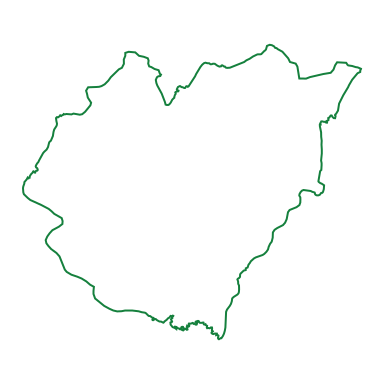 Beng, Oudômxai, Laos (orthographic projection)
{"feature_id": "54806243B47221121067222", "entity_name": "Beng", "entity_type": "district", "adm_level": 2, "iso_a3": "LAO", "parent_name": "Laos", "parent_adm1": "Oudômxai", "projection": "orthographic", "projection_center": [101.752, 20.343], "detail": "fine", "context": "isolated", "style": "outline", "palette": "green", "viewbox_px": 384, "rotation_deg": 0, "n_neighbors": 0, "source": "geoboundaries", "source_scale": "gbopen_adm2", "svg_char_len": 5879}
<svg xmlns="http://www.w3.org/2000/svg" viewBox="0 0 384 384"><path d="M339.1,103.6L343.3,95.2L348.1,87.2L349.0,85.2L352.2,79.7L357.6,73.2L360.2,72.0L360.3,70.2L360.8,69.5L361.0,68.8L357.7,67.4L355.7,67.1L352.2,66.0L348.2,65.4L347.5,64.8L346.2,62.8L337.1,62.3L335.1,65.3L333.5,69.6L330.7,72.8L323.4,74.0L310.0,77.1L306.1,78.6L299.3,78.5L297.4,66.6L295.7,63.6L290.0,62.0L288.2,58.3L282.4,51.7L277.5,49.0L276.6,48.1L275.2,47.9L274.1,46.4L271.9,45.2L269.7,44.8L267.0,45.9L266.0,49.4L265.3,50.3L264.3,51.0L261.3,54.1L260.4,54.3L257.8,54.3L256.9,54.6L253.0,56.5L249.6,58.8L246.4,60.3L244.2,62.0L229.9,67.7L227.1,67.9L225.8,67.6L224.8,66.5L224.2,66.6L222.5,65.4L222.0,65.3L221.4,65.6L221.1,66.3L219.4,66.6L217.4,65.7L214.8,63.8L213.0,63.7L212.1,64.1L210.9,64.3L210.4,64.2L209.3,63.3L207.2,63.2L205.5,62.7L204.1,63.1L202.2,64.7L200.4,67.0L196.1,74.1L195.1,76.3L188.6,86.3L187.8,86.8L187.3,86.3L186.6,86.2L186.1,86.4L185.2,87.9L184.9,88.0L184.2,88.0L182.6,87.2L181.5,87.1L180.2,86.1L179.7,86.1L177.9,87.1L176.8,89.3L177.1,90.0L178.5,90.6L178.3,91.3L176.6,91.5L175.5,92.1L175.3,92.6L175.7,93.2L175.6,94.0L174.9,95.0L174.2,97.3L174.3,97.7L172.3,99.6L170.8,102.5L169.8,103.8L168.6,104.9L166.9,105.0L165.6,104.6L164.9,101.9L161.7,93.6L157.3,85.5L156.4,83.1L155.8,79.9L156.7,77.8L157.2,77.0L158.2,76.4L159.2,76.1L159.7,76.2L160.3,76.0L161.0,74.6L160.0,74.0L158.6,70.2L154.6,69.0L151.2,67.0L149.2,66.4L148.2,63.6L148.6,60.6L147.8,58.3L143.8,56.8L139.0,55.8L135.3,52.4L128.7,51.8L125.3,52.9L125.3,55.8L123.8,59.5L123.9,63.8L121.9,67.8L118.9,69.3L110.8,77.2L108.3,80.7L104.7,84.3L101.5,86.1L99.1,86.8L96.3,87.0L88.1,87.3L86.1,90.7L87.0,93.7L87.8,97.6L91.1,102.7L90.4,105.3L85.1,111.8L82.2,114.2L79.8,114.7L73.5,113.6L71.5,114.4L66.4,114.0L64.8,114.4L63.7,114.0L63.3,114.8L62.5,115.0L61.2,116.0L60.2,115.3L59.4,116.4L57.9,117.4L57.4,117.1L56.9,117.1L56.0,118.1L56.4,121.1L57.0,123.7L56.8,125.1L56.4,126.1L54.2,129.5L53.5,132.0L52.9,136.0L50.9,140.7L49.6,141.8L49.1,142.7L48.0,147.1L46.6,149.6L44.3,151.7L43.1,153.1L39.3,160.0L38.2,162.3L37.2,163.3L36.0,165.4L35.7,166.3L36.1,167.4L37.2,168.2L37.7,169.4L37.6,170.3L37.1,170.7L36.2,170.8L35.4,171.5L35.2,172.6L34.8,172.6L33.5,171.3L33.1,171.5L32.6,172.7L31.3,173.9L30.1,175.6L29.7,176.6L29.6,177.7L28.8,177.7L28.5,178.4L28.1,178.4L27.6,177.7L26.7,179.4L24.4,182.1L24.3,183.6L23.3,186.4L23.0,188.1L23.3,192.3L23.9,194.2L27.7,197.9L30.3,200.0L41.3,205.0L48.7,208.9L51.5,211.2L54.3,213.9L61.7,218.1L62.6,221.1L62.4,224.0L58.9,226.7L52.4,230.2L49.6,233.3L47.3,236.5L45.7,240.1L46.4,243.3L48.4,246.0L51.2,249.1L56.5,253.0L59.5,256.4L64.8,269.6L66.7,271.9L71.4,274.7L77.3,276.7L81.6,278.5L86.3,281.4L90.1,284.7L93.9,286.8L93.5,291.0L93.5,294.0L95.1,298.5L104.2,305.9L109.5,308.8L113.3,310.5L117.2,311.4L121.6,311.2L125.2,310.5L132.0,310.5L138.7,311.3L141.7,312.2L145.0,312.7L145.9,313.2L148.6,315.9L150.2,316.1L152.9,318.1L153.5,317.9L153.7,318.2L152.8,318.9L152.4,319.6L152.6,320.1L153.1,320.2L155.1,319.0L155.8,319.1L157.0,320.2L159.4,321.5L161.1,321.6L163.3,322.7L163.9,322.3L164.4,321.5L166.7,319.8L168.0,318.3L169.2,317.7L170.6,315.9L171.6,316.2L172.8,315.6L173.3,315.9L173.0,316.5L172.2,317.0L171.9,317.6L172.2,318.2L171.2,318.9L171.0,319.4L172.1,321.5L171.7,322.2L170.7,322.3L170.4,322.5L170.6,324.6L172.6,327.1L174.9,328.0L175.7,328.6L175.6,328.2L174.7,327.0L174.8,326.7L175.3,326.7L176.5,327.0L177.0,327.5L177.3,328.2L177.6,328.4L178.6,328.3L179.2,328.6L179.7,329.2L180.3,329.2L180.6,329.0L181.5,327.1L182.2,326.8L183.0,326.9L183.4,327.8L183.3,329.0L182.7,329.4L181.8,329.3L181.6,329.7L182.5,330.2L183.3,330.4L185.1,328.6L186.9,329.8L187.5,329.5L186.8,326.6L187.1,325.8L187.7,326.4L188.4,326.7L189.1,326.3L189.3,325.8L188.9,325.1L188.7,324.0L189.0,323.5L190.7,323.7L192.6,322.9L193.1,323.1L193.3,323.7L193.6,323.9L194.2,323.6L195.6,324.6L196.2,324.7L196.7,324.5L197.3,322.6L197.0,322.3L195.9,322.3L195.6,322.0L196.0,321.5L198.0,320.9L198.6,321.0L199.3,322.2L199.9,322.8L201.2,322.9L203.2,322.5L203.5,322.6L203.5,323.6L203.9,324.4L204.5,324.6L205.5,324.2L205.9,325.2L207.1,325.8L206.8,327.6L207.1,328.2L208.4,328.0L209.6,328.3L210.0,328.2L210.9,327.4L212.0,327.5L212.1,328.6L211.9,330.5L212.6,330.9L212.9,331.4L211.7,332.3L211.5,332.6L211.6,333.2L212.4,333.8L213.3,334.1L215.0,333.5L216.9,333.6L217.0,334.1L216.3,334.7L216.2,335.2L217.3,335.0L218.3,335.4L218.5,335.8L218.0,337.4L218.1,338.5L218.7,339.2L219.1,339.2L220.7,338.1L221.4,338.2L222.9,336.0L224.0,333.6L224.8,330.8L225.4,327.5L226.1,311.8L227.0,309.6L229.8,305.9L231.0,303.8L231.8,301.3L232.2,298.4L233.6,297.0L237.5,294.5L238.5,293.3L238.9,292.0L239.1,289.4L239.0,285.5L238.2,283.8L238.1,281.4L237.4,279.4L237.8,278.8L239.2,277.9L240.0,276.9L240.1,274.6L240.5,273.7L243.7,270.6L245.7,270.1L245.8,268.3L247.6,267.5L248.5,264.7L249.9,262.9L250.8,261.3L254.0,258.4L255.8,257.4L262.6,255.0L264.3,253.9L266.4,251.8L268.0,249.5L268.7,246.8L270.1,243.8L271.7,241.7L272.7,237.7L272.9,232.4L274.6,229.8L277.3,228.0L283.0,225.1L285.1,222.7L286.7,219.1L288.0,212.2L289.6,210.0L296.5,207.2L299.4,205.1L300.3,202.5L300.4,199.4L300.3,197.3L299.3,195.6L299.5,194.1L300.6,192.1L301.9,190.7L303.5,190.0L310.7,191.0L312.2,191.8L314.6,192.5L314.9,193.2L315.1,194.2L315.6,194.8L316.6,195.3L318.1,195.4L319.1,195.1L320.1,194.5L320.8,193.3L321.3,192.9L322.3,192.8L323.0,191.9L323.8,189.2L324.1,185.3L321.6,183.6L320.4,183.2L318.7,181.9L318.4,181.3L320.1,171.4L320.5,170.7L321.3,170.0L321.6,165.1L321.6,163.1L321.1,160.6L321.8,153.5L321.8,149.5L321.5,144.7L321.7,140.8L321.2,136.8L321.1,132.3L319.9,126.4L319.8,124.6L319.9,124.3L320.6,124.4L320.4,123.1L321.3,121.4L322.5,121.4L323.7,121.8L324.8,121.8L326.1,122.6L327.0,122.7L327.1,122.4L326.6,121.0L328.4,120.2L328.5,119.9L328.2,118.3L328.3,117.9L329.3,117.6L330.3,116.0L331.0,115.4L331.7,115.5L332.4,116.8L333.7,118.1L335.1,118.2L335.6,116.0L335.0,115.2L335.2,114.6L336.1,113.8L338.0,110.6L339.1,103.6Z" fill="none" stroke="#15803d" stroke-width="2"/></svg>